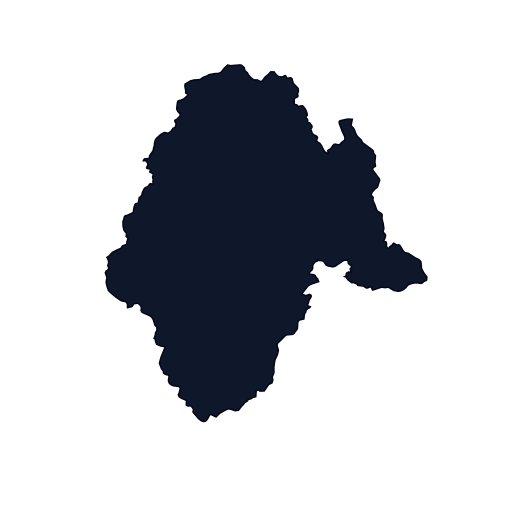 Khanh Vinh, Khánh Hòa, Vietnam (Albers equal-area conic projection), rotated 34°
{"feature_id": "81297802B87924827202169", "entity_name": "Khanh Vinh", "entity_type": "district", "adm_level": 2, "iso_a3": "VNM", "parent_name": "Vietnam", "parent_adm1": "Khánh Hòa", "projection": "albers", "projection_center": [108.858, 12.296], "detail": "fine", "context": "isolated", "style": "filled", "palette": "ink", "viewbox_px": 512, "rotation_deg": 34, "n_neighbors": 0, "source": "geoboundaries", "source_scale": "gbopen_adm2", "svg_char_len": 6139}
<svg xmlns="http://www.w3.org/2000/svg" viewBox="0 0 512 512"><g transform="rotate(34 256 256)"><path d="M194.4,366.2L200.6,365.0L203.7,365.0L206.5,366.3L211.0,369.9L213.5,370.4L215.4,372.8L215.7,375.9L216.7,377.8L217.6,381.3L219.5,381.4L220.0,382.5L222.8,384.7L227.3,383.9L231.5,382.0L234.0,393.5L235.9,398.9L240.5,402.2L243.6,403.3L244.9,404.8L247.1,404.8L250.5,403.6L251.2,404.4L253.2,408.5L255.2,409.9L256.7,410.2L258.1,410.2L260.0,409.8L265.1,407.3L265.8,407.3L267.2,408.0L268.9,412.6L269.2,414.5L270.8,415.6L274.0,415.6L279.1,414.6L281.0,417.7L281.7,418.6L282.2,418.7L283.9,418.2L285.1,416.9L286.7,416.8L289.6,417.9L290.1,418.3L290.7,420.1L291.2,420.7L299.5,423.0L302.9,423.2L305.0,422.6L306.4,421.3L306.9,419.8L306.8,416.6L306.3,413.5L306.6,413.1L308.2,412.4L312.9,411.8L313.9,406.6L316.9,400.7L318.5,398.2L320.6,397.2L325.3,395.9L327.4,394.0L327.8,393.4L328.0,389.1L328.6,386.1L328.6,383.8L329.7,381.7L329.9,379.3L331.8,376.9L332.4,375.0L334.5,372.8L331.6,367.7L332.8,365.5L334.6,365.9L338.3,363.3L338.3,355.6L340.2,352.2L339.4,349.6L337.0,347.0L336.3,343.2L335.8,342.2L333.1,338.4L330.5,333.2L329.7,331.0L328.9,325.7L327.5,322.1L326.9,321.3L323.6,318.6L322.6,316.4L323.4,313.2L324.9,305.3L325.7,304.1L330.3,300.4L330.8,299.2L331.0,293.2L327.3,286.9L327.6,286.7L327.5,285.5L327.9,284.7L330.9,281.5L328.6,277.0L328.6,274.6L327.8,272.9L328.1,271.4L329.4,268.8L329.4,267.7L327.7,268.2L326.4,268.1L326.1,267.8L325.6,265.4L324.7,263.0L324.6,259.4L324.1,258.2L323.2,257.7L321.8,257.9L320.2,260.1L319.1,261.2L316.7,261.5L316.1,261.9L315.7,263.0L315.1,262.6L315.8,252.6L316.1,251.0L317.8,248.0L322.3,242.2L319.9,240.5L317.8,240.1L316.1,239.1L314.3,239.2L311.1,240.8L310.2,240.7L309.5,240.0L310.2,235.7L309.7,234.2L308.3,232.2L308.0,230.2L308.4,227.7L309.5,226.1L309.0,225.6L312.4,223.5L313.9,222.8L315.3,222.8L319.4,224.3L321.5,223.9L325.7,222.1L327.4,220.1L331.3,210.4L334.3,208.3L335.2,208.8L336.8,210.6L340.8,211.0L341.5,211.6L341.3,214.1L343.1,215.7L343.6,216.6L341.7,217.5L340.8,219.0L340.8,220.4L341.9,221.9L341.0,223.5L342.7,223.1L345.2,224.3L350.2,224.6L352.3,223.3L355.7,222.8L357.0,223.4L361.8,220.9L365.5,220.8L366.6,219.8L367.6,218.1L368.6,217.5L369.4,217.6L371.7,219.1L377.4,211.8L380.9,209.9L383.2,207.8L389.6,207.5L393.4,205.9L395.2,204.3L396.9,201.8L397.9,198.5L398.1,195.5L399.1,193.4L401.8,190.3L403.1,189.2L405.2,187.8L407.8,186.7L408.7,185.8L409.5,183.3L410.9,180.7L409.5,177.9L404.4,176.1L400.2,173.8L396.5,169.2L395.8,168.5L394.0,168.0L392.4,168.0L388.9,168.5L380.8,168.6L377.3,170.0L375.2,169.5L369.8,166.9L368.1,166.8L366.6,168.2L363.3,168.3L362.8,168.6L362.7,171.0L361.7,173.8L362.0,174.8L361.3,175.7L359.4,175.4L358.7,175.0L357.2,172.6L356.1,171.6L353.8,172.2L353.4,172.0L352.8,168.4L352.0,166.7L351.3,165.9L348.6,165.2L347.6,164.6L346.7,161.7L343.2,157.9L339.3,154.3L338.0,151.9L337.3,151.1L336.4,150.7L331.4,150.8L330.3,150.3L326.3,147.3L322.3,144.8L321.4,143.9L320.4,141.9L317.5,141.1L316.7,139.1L316.6,137.8L317.3,133.3L317.9,132.1L318.1,130.7L316.1,123.9L314.7,122.9L304.8,119.5L303.7,117.8L303.9,116.7L304.8,115.0L304.7,114.5L302.0,111.6L299.2,106.4L298.7,105.9L296.3,105.2L294.5,103.4L292.2,102.9L281.5,102.5L280.5,102.2L278.4,101.0L272.9,100.1L270.1,98.6L266.7,96.1L265.1,95.5L261.8,94.7L259.4,88.8L256.0,90.8L254.6,92.0L250.0,96.9L249.8,97.9L250.5,99.2L257.8,104.5L262.9,107.5L264.5,109.6L264.6,110.9L263.7,113.0L263.0,116.9L262.1,117.8L259.2,118.9L258.3,119.7L258.0,121.2L257.9,125.3L256.7,127.9L256.6,128.5L258.2,130.4L258.1,131.0L257.4,131.1L254.8,131.1L253.3,130.6L248.5,127.8L245.9,126.9L242.9,127.1L242.3,126.9L241.4,125.7L240.8,123.5L239.9,122.9L238.5,122.8L236.0,123.2L233.8,122.7L230.7,120.3L230.4,119.7L230.5,118.1L229.9,117.2L229.2,116.6L226.0,115.6L224.7,116.4L224.2,116.3L222.7,114.2L219.4,113.0L219.8,110.7L219.0,109.6L216.2,107.4L213.8,106.2L210.6,105.4L209.4,106.3L208.1,107.8L207.2,108.3L205.2,107.9L203.6,108.6L203.0,108.6L202.4,108.2L200.0,104.5L200.0,103.3L201.4,101.0L201.4,99.9L199.5,98.0L199.3,96.3L198.8,95.3L197.4,93.7L196.6,93.3L190.3,92.0L186.6,88.8L185.2,88.8L182.4,91.1L181.4,90.9L180.1,90.1L179.3,90.1L178.9,90.4L178.0,92.5L177.5,93.0L174.2,94.7L170.6,94.2L168.1,93.2L165.2,95.1L164.6,98.9L163.5,102.4L163.3,107.2L163.0,108.1L161.6,109.0L158.8,109.2L155.7,111.2L152.1,111.0L148.2,110.0L146.6,109.0L143.5,108.5L142.6,108.1L140.9,106.4L137.4,105.9L135.9,106.5L128.4,112.5L125.7,113.5L124.7,117.7L124.3,123.0L123.7,124.2L122.9,125.5L119.6,128.0L115.6,132.0L114.7,134.1L112.5,137.0L111.1,140.5L110.4,141.5L106.1,144.8L103.8,147.4L101.1,153.1L102.0,154.9L105.5,158.5L106.3,159.9L106.7,160.2L109.0,160.0L109.7,160.4L108.4,165.9L106.5,169.0L104.8,170.7L104.8,171.6L105.2,173.1L108.0,178.5L110.3,179.9L113.3,180.6L114.4,181.4L114.6,182.8L113.9,186.8L112.8,188.9L113.4,189.7L115.9,191.1L117.1,194.4L115.8,196.6L115.8,199.8L114.9,202.7L113.7,203.8L111.9,204.4L110.7,205.2L109.0,208.6L107.7,214.0L107.6,215.7L108.0,217.2L109.0,219.8L110.0,221.1L110.3,222.6L111.8,226.3L111.7,232.3L112.8,234.4L111.9,235.7L109.3,237.7L109.1,239.6L109.4,240.1L110.7,238.9L111.2,238.8L113.5,239.2L114.5,239.9L115.5,241.2L115.8,243.8L116.2,244.2L116.9,244.3L119.2,243.2L119.8,243.2L120.5,243.6L120.7,245.2L121.1,245.8L124.2,245.4L125.4,246.0L126.0,248.3L128.1,250.2L128.9,252.0L130.3,253.5L130.3,254.1L128.0,255.1L127.6,255.8L127.6,258.0L126.8,260.1L126.0,261.1L125.7,263.2L126.3,266.9L127.3,269.4L127.1,271.7L126.6,272.6L126.6,273.1L128.7,277.6L128.6,278.1L127.2,279.8L126.8,280.8L127.7,284.0L129.9,288.6L126.3,294.6L125.1,295.6L124.9,296.9L126.0,299.9L126.3,301.6L129.0,305.5L132.0,308.3L133.3,308.9L136.0,309.6L137.5,312.5L139.5,312.6L140.1,313.3L141.1,316.5L142.3,318.6L139.6,322.4L139.7,325.2L137.5,328.5L134.9,333.3L134.1,338.3L133.2,340.5L135.7,341.9L137.1,343.3L137.7,344.1L138.4,346.8L140.2,347.9L140.8,348.7L141.1,349.9L140.2,352.0L140.5,354.2L144.5,357.2L145.9,360.5L147.0,362.2L149.7,364.6L153.1,367.2L156.7,367.8L162.5,368.4L168.4,368.5L170.1,368.2L173.2,366.8L174.0,366.8L176.1,367.5L178.4,370.7L180.8,368.1L181.5,366.8L181.4,364.5L181.8,363.5L184.2,361.4L185.2,361.2L188.5,361.8L190.3,363.5L191.0,365.3L192.6,366.3L194.4,366.2Z" fill="#0f172a" stroke="#020617" stroke-width="1.5"/></g></svg>